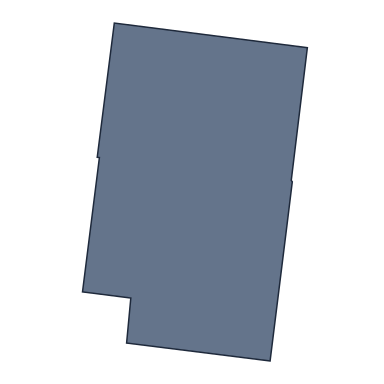 outline of Clark, South Dakota, United States of America, rotated 7°
{"feature_id": "52423323B45667885059065", "entity_name": "Clark", "entity_type": "district", "adm_level": 2, "iso_a3": "USA", "parent_name": "United States of America", "parent_adm1": "South Dakota", "projection": "equal_earth", "projection_center": [-97.745, 44.849], "detail": "fine", "context": "isolated", "style": "filled", "palette": "slate", "viewbox_px": 384, "rotation_deg": 7, "n_neighbors": 0, "source": "geoboundaries", "source_scale": "gbopen_adm2", "svg_char_len": 307}
<svg xmlns="http://www.w3.org/2000/svg" viewBox="0 0 384 384"><g transform="rotate(7 192 192)"><path d="M145.5,349.9L290.1,350.2L290.3,214.9L290.3,169.6L289.1,168.4L288.9,34.7L94.3,33.8L93.7,169.1L95.9,169.1L95.5,304.5L144.2,304.7L145.5,349.9Z" fill="#64748b" stroke="#1e293b" stroke-width="1.5"/></g></svg>